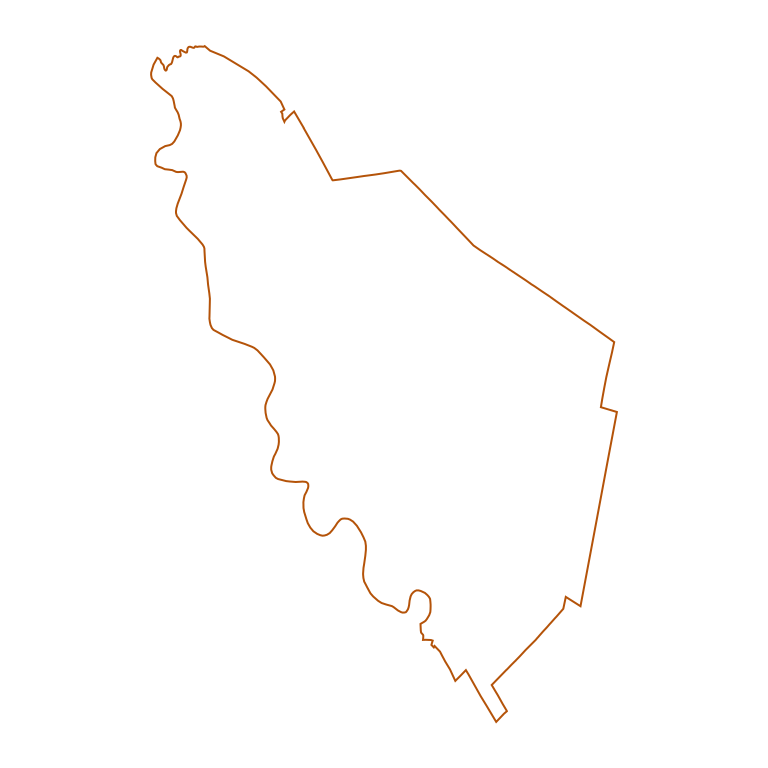 the district of Duc Hoa, Long An, Vietnam
{"feature_id": "81297802B22890149890322", "entity_name": "Duc Hoa", "entity_type": "district", "adm_level": 2, "iso_a3": "VNM", "parent_name": "Vietnam", "parent_adm1": "Long An", "projection": "equal_earth", "projection_center": [106.359, 10.884], "detail": "fine", "context": "isolated", "style": "outline", "palette": "amber", "viewbox_px": 768, "rotation_deg": 0, "n_neighbors": 0, "source": "geoboundaries", "source_scale": "gbopen_adm2", "svg_char_len": 5877}
<svg xmlns="http://www.w3.org/2000/svg" viewBox="0 0 768 768"><path d="M506.9,711.2L506.8,710.9L502.7,704.0L497.8,695.2L495.8,691.9L491.7,685.0L506.4,669.9L506.8,669.6L511.2,665.0L514.6,661.6L515.5,660.8L515.5,660.7L519.7,656.4L525.6,650.0L532.9,642.7L535.6,640.0L537.2,638.1L538.4,636.8L539.4,635.6L543.1,631.4L547.0,627.2L549.6,624.2L550.9,622.8L554.9,618.3L556.5,616.6L563.3,608.8L565.8,596.9L580.5,606.2L596.7,519.8L607.2,463.5L616.9,412.0L600.9,407.2L602.2,399.2L604.3,387.6L606.3,377.2L609.5,363.1L612.1,352.0L612.2,351.5L612.4,350.5L614.2,342.1L609.1,338.4L605.3,335.7L599.7,331.7L590.2,324.8L589.3,324.2L583.8,320.5L575.1,314.4L565.1,307.4L562.6,305.7L562.2,305.4L556.5,301.4L549.1,296.1L541.9,291.3L536.5,287.6L535.2,286.7L533.5,285.6L531.4,284.3L526.0,280.5L519.4,276.1L510.5,270.2L505.3,266.6L498.2,262.1L492.9,258.4L484.1,252.7L480.1,250.1L474.1,245.9L473.6,245.6L468.9,240.6L463.0,234.4L456.8,227.9L456.7,227.8L450.7,221.4L448.9,219.6L444.9,215.4L438.9,209.3L438.2,208.5L432.3,202.3L426.0,196.0L425.2,195.2L419.3,189.0L415.0,184.7L413.3,183.1L407.4,177.2L401.1,170.9L400.2,170.7L399.1,170.7L384.2,173.2L375.6,174.5L366.5,175.7L364.8,175.9L356.6,177.1L340.5,179.4L333.1,180.3L332.7,180.3L332.5,180.2L331.8,179.0L329.2,174.1L322.6,161.8L317.0,151.6L316.3,150.3L313.4,145.2L313.0,144.5L303.7,128.1L303.8,128.0L294.1,111.5L293.9,111.7L291.6,113.7L289.8,115.4L288.3,117.0L285.7,119.7L284.9,120.7L284.4,121.8L283.6,120.0L282.8,118.3L282.8,118.1L282.5,116.6L282.3,113.6L281.1,111.8L284.4,109.5L280.7,101.5L277.4,98.1L266.1,86.4L256.6,77.6L248.6,71.3L236.0,63.7L223.9,56.4L210.1,50.7L204.7,46.1L204.4,46.3L204.2,46.5L203.9,46.6L203.2,46.7L202.0,46.6L200.8,46.5L199.7,46.5L198.7,46.6L197.7,46.8L197.2,46.9L196.3,46.7L196.1,46.5L195.8,46.5L195.6,46.4L195.4,46.4L195.1,46.5L194.9,46.7L194.7,47.0L194.4,47.5L194.2,47.7L193.8,47.8L193.3,47.8L192.9,47.7L191.7,47.3L190.5,46.8L189.7,46.8L189.2,46.8L188.5,47.1L188.3,47.4L188.0,47.8L187.7,48.2L187.4,49.2L187.3,50.6L187.0,52.1L186.7,52.5L185.8,52.6L185.2,52.3L184.0,51.7L182.5,50.9L181.5,50.2L181.2,50.0L180.7,50.0L180.2,50.4L180.1,50.7L180.0,51.3L180.1,51.9L180.2,52.6L180.4,53.3L180.6,53.9L180.7,55.2L180.6,55.7L180.4,56.1L180.1,56.3L179.8,56.5L179.5,56.5L179.0,56.5L178.8,56.6L178.4,56.8L178.0,57.2L177.7,57.3L177.3,57.2L177.0,57.0L176.7,56.7L176.3,56.4L176.0,56.2L175.6,56.0L175.0,55.9L174.6,56.0L174.2,56.2L173.9,56.5L173.6,56.9L173.3,57.4L172.8,59.2L172.1,62.0L171.7,63.0L171.4,63.5L171.2,63.9L170.7,64.2L170.0,64.4L169.5,64.7L168.9,65.1L168.2,65.9L167.7,66.5L167.4,66.9L167.2,67.3L167.0,68.1L166.9,68.7L166.8,69.3L166.7,69.7L166.4,70.2L166.2,70.4L166.0,70.5L165.8,70.6L165.4,70.4L165.2,70.2L164.7,69.5L164.4,68.9L164.1,67.6L163.9,66.4L163.6,65.5L163.4,65.0L162.7,64.3L162.2,63.7L161.4,62.9L161.1,62.5L160.9,61.8L160.7,61.0L160.3,60.0L159.5,59.2L158.8,58.6L157.4,57.8L153.6,64.6L151.2,72.5L151.1,74.8L151.6,77.9L152.3,79.3L155.5,82.5L162.6,88.9L168.7,93.7L171.7,96.1L172.6,97.7L173.1,98.8L173.7,101.1L174.2,103.7L174.7,106.2L174.9,107.6L175.9,109.4L177.7,112.4L178.7,114.9L179.6,118.9L180.3,120.8L180.6,121.9L180.9,123.7L180.9,125.5L180.6,127.6L180.0,130.2L177.8,135.4L174.3,141.5L172.1,143.9L169.7,145.1L165.2,146.1L159.8,149.1L156.4,153.2L156.4,153.3L155.3,157.3L155.2,161.0L155.5,164.0L156.0,164.8L157.3,166.2L161.6,167.7L164.8,169.2L168.6,169.6L172.2,170.1L176.2,171.9L177.9,172.1L180.7,171.9L183.1,171.7L184.6,172.2L185.5,173.2L186.6,175.7L186.7,177.5L186.1,179.7L183.7,186.8L181.5,193.8L177.7,203.7L176.4,208.2L176.0,211.1L176.0,213.0L176.8,215.9L179.9,220.1L186.5,227.8L189.2,230.5L197.8,238.9L202.6,244.6L203.9,246.8L204.4,248.4L204.5,251.1L205.1,261.9L205.7,266.7L207.4,277.2L207.6,279.4L208.0,283.9L208.2,285.5L209.3,293.2L209.9,298.7L209.8,303.6L209.5,316.1L209.4,318.7L209.9,322.2L210.5,324.9L211.9,328.1L213.5,329.9L218.3,332.5L222.6,334.9L228.6,337.9L232.1,339.7L232.9,340.0L244.6,343.9L252.0,346.8L254.4,348.0L254.6,348.2L257.5,350.4L263.7,357.1L270.0,364.4L273.3,370.3L275.0,376.6L275.1,378.5L275.0,381.1L274.5,383.2L272.5,389.5L267.6,398.9L266.5,401.8L265.5,405.1L265.3,407.1L265.3,408.9L265.6,412.9L266.6,417.8L267.5,420.1L269.7,423.4L271.0,425.5L274.1,429.0L276.4,431.8L277.7,433.7L277.8,433.8L278.4,435.4L278.6,436.5L278.8,437.8L278.9,441.9L278.6,444.7L277.6,448.8L275.3,453.9L273.9,456.5L272.4,461.2L271.4,465.7L271.2,467.1L271.2,469.7L272.2,473.3L273.6,475.3L275.8,477.8L278.0,479.0L282.3,480.1L286.2,481.1L289.7,481.5L290.9,481.6L295.7,482.0L302.5,481.6L305.0,481.8L306.1,482.0L306.9,482.5L307.6,483.1L308.1,483.9L308.2,484.4L308.3,485.4L308.3,486.6L308.0,488.1L306.4,491.9L304.6,495.3L303.9,498.5L303.4,502.2L303.5,508.0L304.2,512.0L306.4,519.2L307.8,523.2L310.3,527.6L313.4,531.3L317.2,533.9L320.3,535.2L322.5,535.7L324.5,535.5L326.9,534.8L329.7,533.1L332.2,530.3L335.1,526.4L337.5,522.7L339.3,520.7L340.7,519.4L342.2,518.7L342.3,518.7L344.4,518.5L347.9,518.8L350.0,519.6L353.1,521.6L356.9,525.8L361.0,532.3L363.5,537.3L365.3,541.6L365.9,545.8L365.9,549.9L365.3,555.9L364.2,563.6L363.5,567.9L363.1,573.4L363.1,574.5L363.4,578.0L364.2,581.6L366.0,585.0L366.8,586.6L369.0,590.7L370.5,593.4L373.2,596.5L378.1,600.8L381.6,603.0L386.1,604.5L391.9,606.1L393.6,607.1L398.0,610.5L401.2,612.2L402.7,612.6L404.6,612.5L405.8,612.2L406.4,611.6L407.9,609.4L408.6,607.4L409.1,605.1L409.6,600.6L410.6,596.4L411.7,594.1L413.4,592.2L415.1,591.0L416.5,590.4L418.6,590.4L420.8,591.0L424.9,592.9L427.3,595.0L428.8,596.7L429.5,597.8L430.1,599.0L430.4,601.9L430.6,604.6L430.6,606.7L430.5,609.8L430.3,612.1L429.2,615.2L426.9,619.0L425.5,620.8L424.1,621.8L420.5,623.9L420.8,630.6L421.1,632.6L423.1,634.9L423.3,635.8L423.2,638.2L423.0,639.9L425.7,639.8L430.9,640.0L432.7,640.6L431.4,644.9L433.8,647.4L434.6,646.0L440.0,651.6L441.9,655.3L445.2,661.5L450.0,669.4L455.3,680.9L460.6,675.6L465.9,670.1L468.6,674.6L480.7,696.2L486.4,705.5L496.2,721.9L504.0,713.7L506.9,711.2Z" fill="none" stroke="#b45309" stroke-width="2"/></svg>